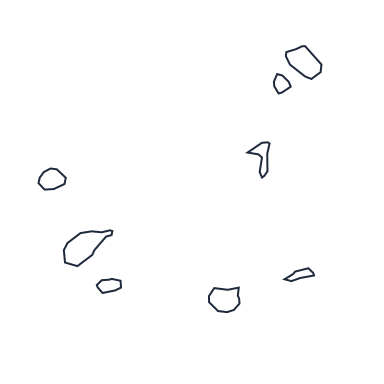 outline of Cabo Verde, rotated 80°
{"feature_id": "CPV", "entity_name": "Cabo Verde", "entity_type": "country or territory", "adm_level": 0, "iso_a3": "CPV", "parent_name": "Africa", "parent_adm1": "", "projection": "equal_earth", "projection_center": [-23.904, 16.006], "detail": "fine", "context": "isolated", "style": "outline", "palette": "slate", "viewbox_px": 384, "rotation_deg": 80, "n_neighbors": 0, "source": "natural_earth", "source_scale": "50m", "svg_char_len": 1180}
<svg xmlns="http://www.w3.org/2000/svg" viewBox="0 0 384 384"><g transform="rotate(80 192 192)"><path d="M245.1,317.7L239.4,329.3L227.0,328.3L220.6,323.5L213.1,308.9L213.3,297.7L216.0,287.9L215.5,279.4L216.6,277.2L220.4,278.7L221.0,284.4L232.4,298.3L236.6,301.1L245.1,317.7ZM83.6,73.4L74.5,76.0L70.6,74.8L69.4,64.8L67.6,58.2L68.0,55.3L88.9,42.4L96.3,44.5L101.4,54.8L97.9,60.5L83.6,73.4ZM294.3,162.6L302.1,164.9L305.1,164.1L310.1,164.6L315.4,171.2L316.4,178.2L313.8,187.0L303.5,194.3L297.5,193.4L290.5,186.8L294.5,173.8L294.3,162.6ZM164.0,336.8L156.6,341.6L151.5,339.5L146.7,334.6L144.3,327.3L146.2,321.2L156.1,313.8L162.0,316.2L165.1,327.6L164.0,336.8ZM184.7,114.1L188.6,117.9L189.9,120.5L184.1,121.9L170.2,117.1L166.5,120.0L162.8,130.4L155.7,114.7L156.2,108.9L157.7,107.2L167.6,111.3L184.7,114.1ZM269.7,301.4L267.1,301.9L263.2,296.2L264.0,288.3L263.6,286.2L267.0,277.8L273.8,278.5L275.6,284.8L275.9,297.6L269.7,301.4ZM110.0,89.6L102.3,92.6L97.6,92.2L90.7,87.7L92.9,82.9L100.3,77.6L105.4,76.5L109.6,86.0L110.0,89.6ZM297.0,109.6L294.0,116.0L290.3,106.5L288.3,104.3L287.3,90.7L292.7,86.7L295.4,86.3L295.5,100.4L297.0,109.6Z" fill="none" stroke="#1e293b" stroke-width="2"/></g></svg>